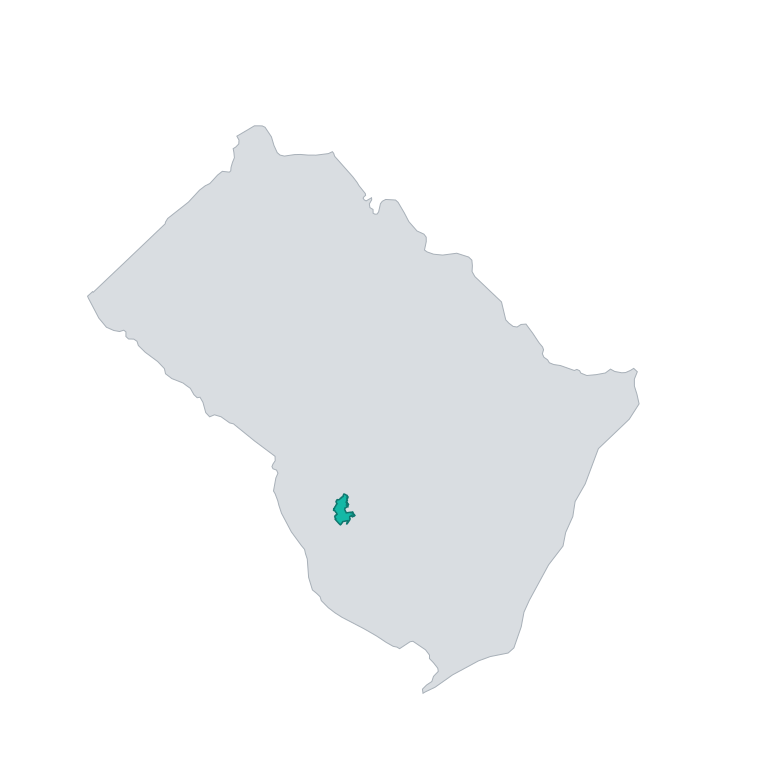 location of Sunyani Municipal, Brong Ahafo, Ghana, rotated 317°
{"feature_id": "2480657B55840347650819", "entity_name": "Sunyani Municipal", "entity_type": "district", "adm_level": 2, "iso_a3": "GHA", "parent_name": "Ghana", "parent_adm1": "Brong Ahafo", "projection": "orthographic", "projection_center": [-2.299, 7.228], "detail": "fine", "context": "in_parent", "style": "filled", "palette": "teal", "viewbox_px": 768, "rotation_deg": 317, "n_neighbors": 0, "source": "geoboundaries", "source_scale": "gbopen_adm2", "svg_char_len": 6749}
<svg xmlns="http://www.w3.org/2000/svg" viewBox="0 0 768 768"><g transform="rotate(317 384 384)"><path d="M465.3,106.8L470.9,112.1L472.1,115.1L470.2,126.5L466.2,134.5L463.7,142.0L464.1,145.7L466.6,149.4L475.0,155.2L479.3,159.0L484.5,164.7L490.4,170.3L500.5,177.6L504.7,178.9L504.5,181.0L503.2,183.8L502.5,211.2L501.8,218.2L501.0,221.8L500.2,232.0L499.2,233.5L497.2,233.4L495.5,233.8L495.1,235.8L495.8,237.9L501.9,239.3L500.6,240.9L496.1,242.3L494.0,245.4L495.0,248.9L492.5,251.7L493.2,253.6L494.8,255.0L497.4,254.5L504.4,249.7L507.4,249.2L511.1,250.2L517.9,257.3L518.2,260.8L515.5,272.9L512.9,282.2L512.5,294.6L515.4,301.6L515.0,305.4L512.0,308.7L505.0,313.6L505.6,316.8L508.8,322.9L514.8,329.7L526.4,338.0L532.5,348.9L532.7,353.4L529.2,357.9L525.1,361.8L523.7,367.4L525.9,404.1L516.8,420.1L516.8,424.6L517.7,429.9L520.2,433.1L524.8,433.9L528.7,437.0L527.4,448.2L525.5,459.6L525.2,465.1L524.0,467.8L520.4,469.9L519.2,473.5L520.1,478.0L519.4,481.2L521.4,485.5L525.6,490.8L532.4,503.9L535.0,504.9L536.1,507.7L535.4,510.3L538.1,516.1L545.6,521.9L553.4,526.9L559.8,527.6L561.3,532.2L565.5,537.9L568.5,540.4L573.4,542.1L577.3,542.9L577.6,547.8L570.4,551.2L565.7,556.3L562.0,564.0L557.0,572.5L539.4,577.0L532.7,577.1L496.7,577.5L463.0,594.3L443.6,600.3L431.7,609.7L415.6,616.5L404.4,624.6L381.1,628.5L342.8,641.3L330.8,646.3L318.7,655.2L299.0,665.6L291.3,665.4L275.8,655.8L264.2,650.9L235.8,643.5L214.6,640.6L204.4,637.4L201.6,636.8L204.0,633.4L209.9,633.2L216.1,634.2L220.8,631.6L227.7,631.2L229.5,628.5L230.1,621.5L230.0,615.8L232.4,613.3L233.1,606.7L229.7,591.9L227.3,590.3L214.9,588.2L214.0,585.2L211.8,582.1L209.4,574.5L206.7,563.2L202.4,549.2L194.2,526.1L192.1,518.0L190.7,509.6L190.4,499.7L192.2,496.0L191.9,490.9L191.2,485.8L197.0,474.0L208.5,459.7L210.9,454.5L213.1,450.8L213.4,445.7L215.4,428.9L220.9,408.6L224.4,401.0L226.7,396.9L229.5,390.1L230.2,386.9L240.8,379.0L245.6,376.9L246.7,373.7L245.0,370.3L245.7,368.0L248.3,366.8L252.1,365.9L255.0,362.6L250.5,337.6L247.0,312.7L246.8,310.6L244.6,307.2L242.5,296.9L239.0,290.9L234.1,289.1L234.1,283.4L239.1,273.9L240.4,268.2L238.0,266.6L237.7,262.2L239.4,255.1L238.5,250.8L237.7,246.2L232.5,235.3L231.2,227.5L233.9,223.0L233.8,213.2L231.0,197.9L230.6,188.3L232.5,184.3L231.6,180.5L227.9,176.9L227.6,173.3L230.8,169.9L230.4,167.2L226.4,165.3L222.9,160.6L219.7,153.2L220.4,141.3L226.4,119.4L227.1,117.6L233.9,117.7L233.9,118.6L254.8,118.4L278.7,118.2L307.3,117.9L333.3,117.6L334.5,116.6L338.7,115.4L365.0,117.6L381.4,116.4L388.4,117.1L393.4,118.6L404.8,117.7L410.8,118.2L415.4,123.6L417.3,123.6L419.8,121.3L424.3,118.6L428.9,116.5L432.2,112.2L434.2,109.0L437.2,109.6L441.5,109.4L444.3,106.7L445.4,102.4L465.3,106.8Z" fill="#d9dde1" stroke="#a8b0b8" stroke-width="1"/><path d="M280.7,441.3L280.6,440.9L280.8,440.7L280.7,440.6L280.8,440.3L280.7,440.3L280.6,440.2L280.7,439.9L280.7,439.7L280.6,439.4L280.4,438.9L280.4,438.6L280.1,437.9L279.8,437.3L279.6,437.3L279.6,437.2L279.4,437.1L279.1,437.3L277.9,437.8L277.5,438.2L277.4,438.4L276.2,438.1L275.7,437.8L275.4,437.9L275.3,438.0L275.1,438.2L274.7,438.0L274.1,437.8L273.2,438.1L272.4,437.9L272.2,437.9L271.7,437.6L271.4,437.3L271.1,436.9L271.0,436.7L270.7,436.6L270.2,436.9L269.7,437.0L269.2,437.0L268.8,437.2L268.8,437.8L268.5,437.8L268.3,438.0L268.2,438.3L268.0,438.9L268.0,439.6L267.7,439.6L267.0,439.7L266.9,439.8L266.7,439.8L266.4,439.8L266.0,439.9L265.6,440.1L265.3,440.3L265.0,440.3L264.7,440.4L264.1,440.4L263.7,440.7L263.4,440.7L263.0,441.2L262.8,441.3L262.5,441.2L262.2,440.9L262.1,441.0L261.8,441.3L261.7,441.5L261.3,441.7L261.0,441.9L261.0,442.0L261.1,442.4L261.3,442.5L261.5,442.8L261.5,443.2L261.6,443.7L261.6,443.8L261.4,444.0L261.3,444.6L261.3,444.9L261.3,445.0L261.4,445.7L261.2,446.1L261.1,446.3L261.1,446.5L261.0,446.8L261.0,447.0L260.9,447.3L260.4,447.2L260.1,447.0L259.1,447.0L259.2,447.3L258.9,447.3L258.7,447.2L258.4,447.2L258.1,447.1L257.8,447.3L257.8,447.6L257.9,447.8L257.8,447.7L257.6,447.7L257.4,447.7L257.4,447.8L257.2,448.1L257.1,448.5L256.7,448.9L256.6,449.7L256.4,449.7L256.1,449.6L256.3,449.8L256.0,449.8L255.9,454.9L256.0,457.2L256.3,457.3L256.6,457.3L257.2,457.3L257.6,457.0L257.7,456.9L258.0,456.9L258.5,457.0L258.9,457.1L259.3,456.8L260.0,456.5L262.5,458.1L262.8,458.1L263.3,458.5L263.6,458.7L263.9,459.0L264.1,459.1L260.8,461.1L262.6,460.9L266.1,460.1L266.6,459.9L267.3,459.5L267.3,459.4L267.3,459.2L267.2,459.1L267.2,458.9L268.5,457.6L268.7,457.8L268.8,457.8L269.0,457.8L269.3,457.9L269.5,458.0L269.8,458.2L270.0,458.0L270.5,458.0L270.6,457.9L270.8,458.1L270.7,458.2L270.8,458.3L270.7,458.5L270.3,458.8L270.3,458.7L270.3,458.8L270.2,458.7L270.2,458.9L270.2,459.1L270.2,459.3L270.3,459.6L270.6,459.6L270.8,459.6L271.2,459.9L271.3,459.7L271.5,459.8L271.9,460.2L272.1,460.2L272.3,459.9L272.5,459.8L272.7,460.1L272.8,460.2L272.8,460.3L273.0,460.3L273.0,460.1L273.2,459.7L273.3,459.3L273.3,459.1L272.9,458.7L272.6,458.4L272.9,458.1L272.9,457.9L272.9,457.7L273.0,457.7L273.2,457.8L273.2,457.7L273.3,457.6L273.4,457.4L273.5,457.3L273.5,457.2L273.4,457.1L273.4,456.9L273.6,456.8L273.6,456.7L273.7,456.8L273.8,456.7L273.8,456.4L273.7,456.4L273.6,456.2L273.5,456.3L273.3,456.3L273.2,456.2L273.0,455.9L272.9,455.8L272.8,456.0L272.7,456.0L272.4,455.9L272.5,455.8L272.4,455.7L272.2,455.4L272.0,455.2L272.0,454.9L269.2,453.0L268.5,452.5L268.9,451.7L268.9,451.2L269.3,450.2L269.2,450.0L269.3,449.8L269.7,449.2L269.8,448.9L269.9,448.7L270.5,448.4L270.7,448.1L270.9,448.2L271.2,448.4L271.6,448.4L272.1,448.5L272.3,448.5L272.5,448.4L272.7,448.5L273.2,448.4L273.2,448.5L273.5,448.7L273.7,449.2L273.9,449.1L274.0,449.0L274.1,448.8L274.3,448.7L274.2,448.6L274.3,448.5L274.6,448.5L274.7,448.4L274.7,448.2L274.5,447.9L274.6,447.6L274.4,447.4L274.5,447.4L274.4,447.4L274.5,447.2L274.7,447.3L274.8,447.4L274.7,447.5L274.8,447.5L274.8,447.8L275.1,448.0L275.5,447.9L275.4,447.8L275.4,447.7L275.3,447.3L275.5,447.3L275.6,447.5L275.7,447.4L275.7,447.5L275.9,447.3L275.8,447.2L275.6,447.1L275.5,446.9L275.5,446.7L275.4,446.6L275.5,446.6L275.4,446.5L275.5,446.5L275.5,446.4L275.6,446.5L275.7,446.4L275.8,446.2L276.1,445.9L275.8,445.8L275.8,445.7L275.7,445.7L275.8,445.4L275.6,445.3L275.6,445.1L275.6,444.8L275.8,444.7L275.8,444.8L275.8,444.7L276.0,444.5L276.2,444.4L276.2,444.5L276.3,444.4L276.5,444.5L276.6,444.3L276.8,444.3L277.1,444.2L277.3,444.2L277.4,444.3L277.5,444.3L277.7,444.0L277.8,444.0L277.8,443.9L277.7,443.8L277.7,443.6L277.9,443.6L278.0,443.3L278.1,443.2L278.1,443.3L278.1,443.2L278.3,443.1L278.2,443.1L278.3,443.1L278.5,442.9L278.8,442.9L278.8,443.0L279.0,442.9L279.0,442.7L279.1,442.8L279.2,442.7L279.3,442.7L279.7,442.3L279.8,442.3L280.0,442.4L280.0,442.2L280.1,441.9L279.9,441.8L280.0,441.8L279.9,441.7L280.0,441.5L280.2,441.3L280.3,441.3L280.6,441.4L280.7,441.3Z" fill="#14b8a6" stroke="#0f766e" stroke-width="1.5"/></g></svg>